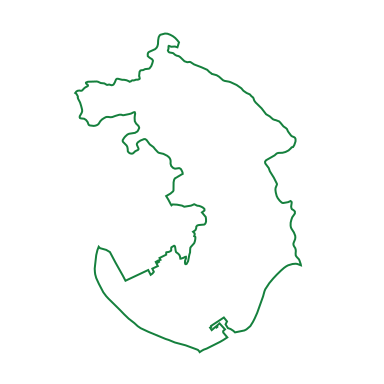 Hoa Lu, Ninh Bình, Vietnam, rotated 175°
{"feature_id": "81297802B36566531846362", "entity_name": "Hoa Lu", "entity_type": "district", "adm_level": 2, "iso_a3": "VNM", "parent_name": "Vietnam", "parent_adm1": "Ninh Bình", "projection": "orthographic", "projection_center": [105.938, 20.25], "detail": "fine", "context": "isolated", "style": "outline", "palette": "green", "viewbox_px": 384, "rotation_deg": 175, "n_neighbors": 0, "source": "geoboundaries", "source_scale": "gbopen_adm2", "svg_char_len": 6050}
<svg xmlns="http://www.w3.org/2000/svg" viewBox="0 0 384 384"><g transform="rotate(175 192 192)"><path d="M87.4,228.0L86.0,229.9L84.5,233.3L84.3,234.7L84.3,236.0L84.7,237.0L85.3,237.6L87.7,238.9L88.4,239.6L90.7,243.3L91.3,244.5L91.9,246.4L92.9,247.5L95.2,249.4L97.8,253.2L99.0,254.7L102.3,256.3L103.6,256.7L105.1,257.5L108.0,260.6L111.4,263.0L115.4,269.3L120.8,275.6L122.0,277.6L122.6,280.1L123.0,280.9L124.4,282.2L125.9,284.2L129.0,285.9L132.0,288.4L133.8,291.0L138.2,294.7L144.1,298.1L145.6,298.7L149.7,299.8L151.3,300.6L155.0,304.5L157.3,306.2L162.1,308.0L162.7,308.8L164.1,309.9L166.2,312.4L171.8,315.5L178.8,318.9L182.1,321.5L182.9,321.8L185.4,321.7L188.1,322.9L192.0,327.4L193.4,328.5L195.5,329.2L197.1,330.3L198.3,331.6L199.0,332.1L202.0,332.9L202.8,333.3L203.2,333.8L203.7,335.0L202.9,336.9L202.8,338.4L202.6,339.4L202.3,339.6L200.0,338.5L196.3,338.4L193.9,337.4L191.9,342.2L193.5,344.6L195.3,346.9L197.5,348.9L200.1,350.6L202.6,351.8L205.1,352.2L209.7,351.4L210.5,350.9L211.7,349.1L212.5,346.1L213.0,342.3L213.8,340.1L214.7,338.8L216.3,337.5L222.6,335.3L223.3,334.8L223.8,334.1L224.1,333.1L224.2,331.2L222.7,329.6L220.3,327.8L219.5,326.5L219.5,325.9L220.3,323.7L221.6,321.0L223.6,318.8L224.3,318.6L228.0,318.5L230.1,317.7L232.0,317.7L232.8,317.5L233.8,316.2L234.3,313.5L234.6,312.1L234.3,311.1L234.2,309.5L234.5,309.1L236.2,308.6L238.0,308.8L239.3,308.4L240.4,308.2L241.3,308.4L242.2,308.3L243.4,307.5L244.7,307.3L245.0,307.7L247.4,309.0L249.9,309.7L251.9,309.9L256.0,311.3L257.0,311.3L257.9,310.7L259.3,308.0L260.7,306.0L261.6,305.5L262.3,305.4L262.9,305.4L265.2,306.3L266.8,306.1L267.6,306.2L269.8,307.8L273.4,308.5L276.0,310.0L277.3,310.4L286.0,310.9L287.8,310.4L288.1,310.2L288.1,309.6L287.7,308.9L286.6,307.9L286.4,307.4L286.4,306.9L286.8,306.5L289.2,305.5L290.4,304.7L292.3,303.0L292.9,302.6L293.8,302.5L295.4,302.9L297.1,302.8L298.4,302.2L299.7,300.8L298.7,300.0L297.8,298.2L297.4,297.1L297.4,296.4L297.6,296.0L297.3,294.8L295.7,290.9L294.9,287.2L294.5,284.8L294.3,283.4L294.4,281.9L295.0,280.5L297.2,277.3L297.4,276.2L297.1,275.4L296.2,275.0L293.1,274.4L291.3,273.0L289.9,270.8L289.3,268.6L289.0,267.9L288.5,267.5L287.9,267.2L284.1,266.4L282.6,266.5L281.3,266.8L280.2,267.2L279.0,268.1L277.2,270.5L275.2,272.2L272.7,273.5L271.2,274.1L270.5,274.2L269.0,274.1L266.8,273.6L264.9,273.6L261.6,274.5L257.7,275.3L255.9,275.2L254.1,274.5L253.3,274.5L247.9,275.1L245.7,275.5L243.7,276.3L242.5,276.6L242.0,276.4L241.8,274.9L242.3,273.1L242.7,270.9L242.8,267.5L241.7,265.0L239.8,262.8L239.3,261.8L239.0,260.6L239.1,260.2L240.4,258.0L241.1,257.1L243.6,255.9L249.6,255.5L251.3,254.9L253.8,253.0L255.2,251.5L256.5,249.7L256.6,248.7L256.4,248.0L253.1,244.0L252.5,242.5L252.3,240.5L252.4,238.3L252.2,237.7L250.9,236.2L249.8,235.7L248.5,235.4L247.3,235.7L244.9,237.6L242.2,238.6L241.6,239.2L241.5,240.0L242.7,243.5L242.8,244.2L242.6,245.0L242.2,245.5L241.6,246.2L239.0,247.7L235.1,248.9L233.9,248.7L232.7,247.7L229.9,243.1L226.5,240.1L225.0,237.8L222.5,234.6L221.9,234.1L221.0,233.7L217.2,232.5L213.5,230.2L212.5,229.2L211.8,228.5L211.1,227.3L210.7,226.0L210.6,224.7L210.9,222.0L210.4,219.7L209.5,218.6L208.9,217.8L207.4,216.9L206.5,216.7L203.1,216.9L202.4,216.8L201.8,216.4L201.0,215.7L200.1,213.5L199.7,212.2L199.7,210.8L200.8,210.4L207.9,207.0L208.8,205.6L209.5,203.2L210.3,195.2L210.8,194.3L213.6,192.3L218.1,190.2L216.3,186.6L214.2,181.6L213.6,180.5L212.4,181.3L208.1,180.7L203.1,179.3L201.0,178.0L194.2,178.5L192.0,179.2L191.4,179.5L190.8,179.6L188.0,177.9L186.3,177.6L184.5,176.8L182.7,175.7L181.2,174.2L181.1,172.9L181.3,172.4L183.9,170.8L180.5,165.9L180.4,163.6L180.6,161.2L181.3,159.7L182.1,158.8L182.7,158.5L188.0,158.5L189.6,158.2L190.7,157.2L191.0,155.5L191.8,153.9L192.7,153.2L194.4,152.3L193.1,150.7L192.9,149.9L193.2,149.0L193.7,147.8L192.7,147.2L192.6,146.2L192.9,144.5L193.5,142.5L194.3,140.8L197.8,137.5L198.5,136.6L198.9,134.5L199.2,132.0L200.1,129.8L201.9,123.5L203.6,120.9L204.4,120.6L204.9,120.8L205.2,122.0L204.9,124.1L203.8,126.4L203.7,128.0L204.4,128.0L206.2,127.2L208.6,126.6L209.4,126.6L209.6,128.8L210.0,130.2L211.0,131.6L213.1,133.5L213.4,135.0L213.6,138.6L213.8,139.4L214.2,139.9L214.6,140.0L217.3,138.7L217.6,138.1L217.8,135.7L218.3,135.1L220.4,134.3L222.8,134.2L223.0,133.8L223.2,131.8L230.1,129.1L229.3,127.2L231.4,126.7L230.9,125.3L232.3,124.6L232.9,126.1L234.2,125.5L232.5,121.2L238.2,119.1L237.0,115.8L238.5,114.2L240.4,113.1L242.4,118.1L266.0,109.4L268.2,114.7L274.4,128.4L279.0,139.3L282.5,141.8L288.6,144.1L289.7,145.6L291.3,142.3L292.9,137.5L294.9,127.7L295.6,124.1L295.7,120.6L295.6,118.4L294.9,114.6L292.8,108.7L289.1,99.8L286.5,95.6L284.4,92.9L274.0,80.7L270.2,76.0L266.1,71.3L260.9,66.5L257.8,63.1L255.0,60.8L247.6,56.5L231.1,47.9L228.0,46.6L222.2,43.6L211.7,39.8L201.3,34.9L199.9,34.2L198.7,32.7L198.3,31.8L196.3,32.9L194.1,33.9L191.1,34.7L177.0,40.3L173.6,41.9L169.5,44.1L173.0,49.1L173.2,49.9L173.0,50.8L171.1,52.3L176.0,58.7L178.7,56.7L178.5,55.4L179.5,54.8L180.2,55.7L184.4,52.7L185.8,55.3L184.6,55.8L184.7,56.9L171.2,64.2L168.4,60.0L170.1,57.2L168.1,53.3L165.6,52.2L162.9,50.1L161.4,48.4L151.9,49.5L149.7,50.4L145.6,53.3L142.6,57.3L140.6,60.5L137.6,65.9L130.3,81.8L128.5,86.7L127.5,88.7L122.9,94.5L118.6,98.8L114.7,102.3L110.3,105.9L106.9,108.4L104.5,109.8L102.6,110.6L98.2,111.5L94.9,111.5L93.3,111.1L89.9,109.5L90.0,110.6L90.9,114.4L91.4,115.7L93.3,118.1L93.9,119.1L94.2,119.9L94.1,122.0L93.8,123.6L93.7,125.2L94.0,127.0L95.1,129.1L95.5,130.4L95.5,131.6L95.1,132.7L93.4,136.0L93.0,137.8L93.0,139.4L94.0,142.8L96.2,147.0L96.6,148.5L96.7,150.0L96.4,152.8L95.5,155.5L94.4,158.0L91.4,161.6L91.2,163.5L91.7,164.3L92.6,165.2L94.0,166.2L94.4,167.4L94.5,168.9L93.6,172.7L93.7,173.5L94.6,174.4L97.2,173.5L101.9,173.1L102.8,173.2L103.6,173.7L105.4,175.7L107.1,178.4L108.0,180.7L108.6,184.4L108.7,187.0L108.4,188.7L106.7,192.1L106.7,192.8L109.2,199.1L112.6,205.8L113.5,209.2L116.4,213.9L116.6,214.6L116.6,215.4L116.5,216.0L115.4,217.2L106.5,221.3L104.4,222.9L103.6,223.2L102.5,223.4L98.4,223.2L95.4,223.7L92.2,225.0L89.6,227.0L88.9,227.8L87.4,228.0Z" fill="none" stroke="#15803d" stroke-width="2"/></g></svg>